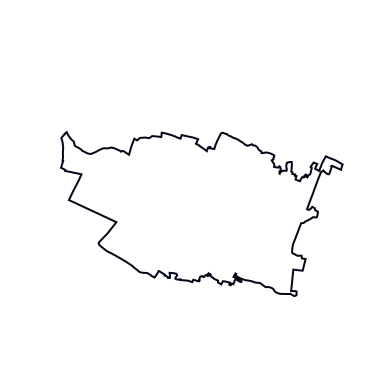 outline of Victoria, Brasov, Romania, rotated 298°
{"feature_id": "2599482B67973869892662", "entity_name": "Victoria", "entity_type": "district", "adm_level": 2, "iso_a3": "ROU", "parent_name": "Romania", "parent_adm1": "Brasov", "projection": "orthographic", "projection_center": [24.701, 45.731], "detail": "fine", "context": "isolated", "style": "outline", "palette": "ink", "viewbox_px": 384, "rotation_deg": 298, "n_neighbors": 0, "source": "geoboundaries", "source_scale": "gbopen_adm2", "svg_char_len": 5372}
<svg xmlns="http://www.w3.org/2000/svg" viewBox="0 0 384 384"><g transform="rotate(298 192 192)"><path d="M180.2,51.6L178.3,51.3L175.4,54.2L170.6,57.5L167.4,58.9L163.4,61.0L162.3,61.8L158.9,63.0L159.0,63.6L151.9,65.0L152.0,70.0L151.1,70.2L152.1,73.6L154.1,80.5L155.4,84.9L155.7,86.1L149.3,86.6L136.5,86.7L127.1,87.2L129.9,139.4L115.8,136.9L107.5,134.5L103.7,133.5L102.6,133.8L101.6,135.5L100.7,139.5L99.8,144.8L100.0,149.4L99.9,155.7L99.5,166.4L98.7,174.1L98.0,176.6L97.3,180.6L96.7,183.4L97.5,186.4L98.7,188.9L99.5,191.2L99.3,193.2L98.9,196.4L98.9,199.1L102.4,199.6L106.6,199.7L106.7,200.6L106.2,207.0L105.4,207.0L105.6,210.4L104.8,211.2L105.8,212.8L107.1,212.1L109.1,211.0L110.1,210.2L112.0,214.7L112.3,216.2L112.0,217.5L111.7,217.9L110.8,218.0L109.5,217.8L108.5,217.6L107.9,217.9L107.5,218.4L107.5,219.3L108.3,220.9L109.4,222.8L108.8,223.0L110.8,227.7L111.8,229.9L112.2,232.3L112.5,234.5L115.2,234.4L116.0,238.5L116.6,240.3L117.4,240.3L118.0,239.9L118.3,239.3L119.3,239.3L120.8,239.0L121.3,239.3L122.5,240.3L122.6,240.9L122.4,241.5L122.2,242.0L122.5,242.4L123.6,242.6L124.7,242.9L125.4,243.3L125.4,244.2L125.1,244.9L125.2,245.4L125.6,245.8L125.9,245.8L126.3,245.7L126.8,245.3L127.5,244.6L128.0,244.8L127.5,245.6L127.6,246.1L128.1,246.8L127.8,247.3L126.9,246.8L126.6,247.0L126.4,248.3L126.0,251.4L125.8,251.8L125.7,253.1L125.9,255.6L126.0,256.7L124.9,257.1L124.4,257.5L124.2,258.1L124.3,260.2L124.2,261.2L127.8,261.2L128.2,262.4L128.8,263.9L129.0,265.0L129.5,267.1L129.7,268.0L127.7,268.4L127.8,269.9L128.7,270.0L129.4,270.2L130.0,270.3L130.0,271.8L130.8,271.8L131.9,271.7L133.0,271.4L133.9,271.3L135.6,271.4L135.2,275.5L135.4,277.5L135.7,277.8L136.3,277.8L136.6,277.5L136.5,273.6L136.6,272.9L136.8,271.8L136.8,271.5L136.5,268.5L140.5,268.7L140.5,269.4L138.8,269.4L138.6,271.1L138.4,274.1L138.7,277.3L139.2,280.4L140.4,283.8L141.2,286.7L141.6,288.9L141.7,290.2L142.9,293.2L143.2,293.9L143.5,294.5L143.6,295.2L143.3,296.6L143.0,298.8L142.8,299.7L142.6,301.2L142.7,301.9L143.6,303.5L144.2,304.8L144.5,306.2L144.7,307.4L144.5,308.9L144.0,310.3L143.3,311.3L142.9,312.9L142.8,314.3L143.2,316.7L143.7,318.2L144.5,319.8L146.8,324.2L147.9,326.3L148.2,327.1L148.1,330.6L148.1,331.1L148.4,331.5L149.2,332.2L149.9,332.7L153.2,331.1L153.0,329.9L152.1,328.0L151.4,326.5L151.0,326.0L157.0,323.7L163.2,321.1L171.0,317.9L174.4,326.6L175.6,326.4L186.1,323.8L185.0,320.2L187.2,318.7L185.2,314.9L185.2,313.2L185.2,312.1L185.1,309.7L185.8,308.6L189.7,306.9L193.0,305.8L200.1,305.0L208.5,303.9L215.6,303.0L216.6,304.5L217.1,305.1L217.6,305.4L218.6,305.6L219.6,306.3L222.5,308.4L224.1,309.4L225.0,309.9L226.4,310.5L226.7,311.3L227.3,312.2L227.5,312.8L227.6,313.4L228.1,313.8L228.7,314.1L229.9,313.8L231.7,313.3L233.7,312.4L233.8,309.2L235.2,308.1L235.4,305.5L235.3,305.2L234.0,304.9L232.5,304.5L231.1,303.7L230.7,301.7L237.8,300.7L247.7,299.4L257.8,298.0L264.6,297.1L270.8,296.6L271.3,297.6L272.7,297.9L272.2,299.2L271.7,301.2L271.5,302.5L271.5,303.6L271.7,304.0L272.0,304.5L272.7,304.7L274.6,304.4L280.2,303.5L280.3,302.9L280.9,303.4L281.3,309.6L281.6,313.2L283.6,312.7L285.9,312.2L287.0,312.1L287.3,306.3L287.3,302.7L287.0,300.8L286.8,299.7L286.5,296.5L286.3,293.4L278.2,293.4L270.3,294.4L270.3,289.8L275.5,289.4L275.1,285.6L270.0,284.9L269.5,285.2L269.4,286.5L264.0,287.9L262.7,287.8L261.3,286.9L259.1,287.0L259.1,286.4L259.4,286.2L259.3,285.3L260.7,285.1L260.6,284.0L258.0,284.2L258.0,283.2L256.8,283.2L256.7,282.3L253.9,282.1L252.2,282.3L251.6,277.6L255.1,276.8L254.6,275.3L255.9,274.9L255.0,272.2L256.7,271.3L256.5,270.1L258.5,269.4L260.4,268.6L263.5,267.1L265.3,266.0L264.5,264.4L262.4,262.1L259.7,262.7L257.9,263.9L257.1,264.7L256.0,265.2L255.2,265.5L254.9,265.2L253.5,262.3L252.3,261.6L251.3,260.9L250.4,260.7L249.3,260.9L249.4,260.5L251.2,259.7L252.8,260.1L253.9,259.6L255.4,258.3L255.7,257.7L255.7,257.2L255.3,256.8L254.6,256.8L254.2,256.9L253.0,253.8L252.6,252.8L254.2,252.2L255.4,251.2L256.6,248.8L257.4,247.6L259.1,248.6L260.6,247.8L261.5,248.0L262.6,247.7L263.0,247.0L262.9,243.5L262.0,239.5L261.2,238.2L259.2,235.7L259.0,235.1L260.4,234.2L260.4,232.5L260.7,231.1L262.1,228.8L262.7,226.1L261.8,224.1L262.3,222.5L261.4,221.8L259.8,220.3L258.8,219.2L258.9,218.0L258.9,217.5L258.6,217.1L259.0,215.7L259.5,213.2L259.6,209.5L259.9,208.5L259.7,205.7L259.2,202.5L259.4,200.8L259.1,198.2L259.2,196.7L259.5,196.0L259.4,195.4L259.2,195.2L259.2,194.2L258.8,192.4L258.6,191.0L257.7,190.3L256.6,190.1L252.4,190.2L248.9,190.3L244.6,190.7L240.4,191.5L239.1,187.3L240.2,187.0L239.9,186.1L238.6,186.4L238.4,185.3L235.0,185.9L235.6,182.5L236.2,176.9L236.5,176.8L236.5,174.7L236.4,172.9L241.5,172.6L240.6,167.5L239.1,162.2L237.4,156.2L233.7,156.8L233.1,152.5L233.2,151.7L232.6,147.3L231.6,142.3L230.2,137.5L228.7,137.9L227.2,138.9L226.0,139.0L224.9,135.8L222.7,130.6L221.4,129.9L220.5,129.5L219.4,128.8L219.1,128.0L218.3,125.5L215.8,121.4L214.8,120.5L214.1,120.1L213.1,119.9L211.8,119.3L212.0,116.1L204.2,117.0L195.3,118.9L195.9,112.9L195.7,111.6L195.1,110.7L194.3,110.4L194.6,108.5L194.2,103.4L193.8,101.2L193.1,99.5L191.0,97.2L189.3,93.7L187.8,92.1L185.2,90.2L182.8,88.7L179.8,86.4L178.3,85.0L177.7,84.0L177.3,82.6L177.0,81.1L177.0,79.3L176.9,75.4L177.4,74.5L177.6,73.2L177.8,70.4L177.7,68.9L177.6,67.8L177.9,66.8L178.5,66.2L179.8,65.0L180.9,64.1L181.3,62.8L182.0,60.3L182.6,58.8L184.2,55.7L186.0,53.3L183.4,52.2L183.1,52.5L180.2,51.6Z" fill="none" stroke="#020617" stroke-width="2"/></g></svg>